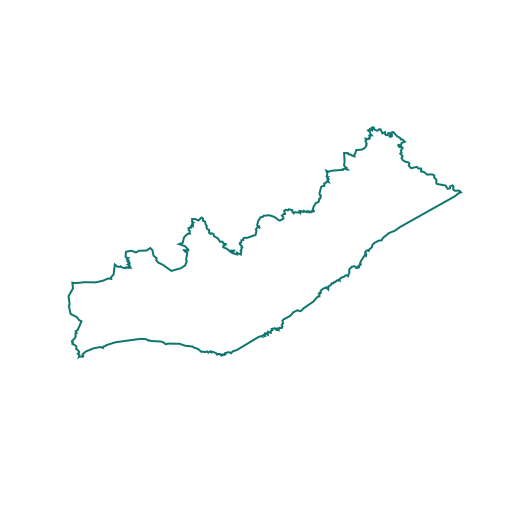 Aquila, Michoacán, Mexico (Equal Earth projection), rotated 300°
{"feature_id": "50627088B41221510425691", "entity_name": "Aquila", "entity_type": "district", "adm_level": 2, "iso_a3": "MEX", "parent_name": "Mexico", "parent_adm1": "Michoacán", "projection": "equal_earth", "projection_center": [-103.31, 18.385], "detail": "fine", "context": "isolated", "style": "outline", "palette": "teal", "viewbox_px": 512, "rotation_deg": 300, "n_neighbors": 0, "source": "geoboundaries", "source_scale": "gbopen_adm2", "svg_char_len": 6139}
<svg xmlns="http://www.w3.org/2000/svg" viewBox="0 0 512 512"><g transform="rotate(300 256 256)"><path d="M415.1,369.3L414.1,366.5L412.1,363.7L412.7,359.5L411.8,356.5L413.4,356.2L414.3,355.2L413.0,353.1L413.6,350.7L409.6,346.5L410.6,343.1L412.7,342.7L413.3,341.5L412.3,337.9L412.4,335.3L413.5,333.1L415.8,333.1L416.9,329.7L418.3,330.4L419.9,328.7L422.9,329.0L423.1,327.7L422.0,325.7L423.0,323.8L423.7,324.1L424.1,326.4L426.6,325.5L429.4,327.8L430.1,324.5L429.3,323.2L430.3,321.7L430.2,318.5L432.0,312.9L431.0,311.8L427.6,313.8L426.3,312.8L426.6,311.6L428.4,311.8L429.3,310.4L428.8,309.1L426.5,309.4L425.8,308.5L425.9,307.1L427.7,305.8L425.4,304.2L427.9,300.6L427.4,299.3L425.8,299.0L424.9,297.8L424.9,294.9L426.1,294.0L425.7,292.5L424.8,292.1L424.0,293.6L422.8,293.9L422.8,291.2L421.6,291.5L421.5,290.5L420.8,290.2L420.3,292.8L419.0,293.9L418.3,295.9L417.0,293.9L415.3,295.6L414.4,294.8L414.0,295.3L413.1,294.5L412.4,292.3L411.6,293.5L410.3,293.3L408.7,295.6L407.7,295.6L407.2,296.4L404.2,296.3L401.2,294.6L397.7,289.8L394.6,290.7L392.6,290.5L391.5,291.5L390.9,288.8L391.2,287.1L390.2,285.4L391.1,284.4L389.3,280.8L381.9,285.6L378.5,286.9L377.6,289.0L377.8,290.3L376.9,290.7L376.6,292.0L376.2,291.2L376.4,289.7L374.3,287.6L373.9,288.0L368.0,279.3L365.3,276.7L365.0,274.3L362.8,276.8L360.0,277.5L359.6,278.2L360.1,278.9L359.6,278.8L358.7,280.5L357.8,279.8L356.4,281.9L356.3,280.8L355.0,279.7L353.7,279.8L352.9,278.8L350.9,280.1L349.4,278.3L348.1,277.9L341.7,279.8L340.6,281.1L340.9,281.8L339.1,282.7L337.8,282.8L337.4,282.1L334.2,283.2L331.8,281.4L327.6,281.2L325.1,281.8L323.7,283.7L322.9,283.2L322.7,281.8L321.7,282.0L320.4,280.3L321.2,279.6L320.5,278.1L319.4,278.2L319.3,276.6L318.7,276.1L319.0,274.8L317.7,274.7L317.4,272.6L316.3,272.8L316.8,272.3L316.6,271.2L315.2,271.9L313.5,268.0L312.7,267.1L311.9,267.2L312.5,265.3L313.9,264.5L312.9,261.1L311.4,260.8L310.9,258.6L309.3,257.8L306.8,260.1L306.1,259.0L303.9,258.3L303.4,260.0L302.0,261.1L298.8,259.1L298.4,258.3L299.0,252.1L298.0,247.3L294.7,242.5L293.5,242.4L291.7,240.5L287.1,240.5L283.3,241.6L282.6,242.5L283.3,243.6L282.3,244.4L282.1,245.9L282.3,243.7L281.8,242.9L278.8,242.6L278.3,243.7L274.1,245.1L267.3,239.3L266.2,237.1L264.8,236.2L263.5,236.9L262.3,235.5L260.3,236.4L259.2,235.5L258.1,236.2L257.7,238.4L256.5,238.9L256.6,239.8L253.0,240.0L253.0,240.8L249.7,242.1L249.3,237.8L247.9,238.9L246.7,234.3L246.8,232.9L248.0,234.3L249.7,234.3L247.1,229.9L247.7,227.5L247.2,223.2L248.4,222.6L250.9,224.2L251.3,223.8L250.6,221.4L251.6,219.8L250.4,217.6L252.2,214.1L252.2,209.7L253.8,208.0L253.3,205.8L252.3,205.4L252.7,203.7L255.1,202.5L255.0,200.1L256.3,198.5L257.4,198.4L258.1,196.7L260.3,194.7L260.1,192.3L261.9,191.4L262.0,189.5L258.1,188.5L257.6,185.0L256.1,182.2L253.7,183.5L253.8,185.2L251.7,184.7L251.7,185.6L250.4,186.5L250.4,185.5L249.2,184.7L248.2,185.7L246.5,183.6L244.8,184.8L244.7,186.1L243.2,186.6L242.4,187.6L241.0,185.8L238.3,184.8L236.0,184.4L230.8,185.9L227.8,183.4L229.0,189.7L227.5,194.4L226.7,194.4L225.1,190.8L224.5,191.8L224.4,194.9L217.7,197.4L216.7,198.8L212.3,199.3L207.8,197.0L200.8,190.2L201.8,179.4L201.4,174.8L202.5,171.6L204.4,171.0L205.1,167.1L209.3,163.3L210.0,160.5L205.8,158.2L202.0,152.0L199.1,150.3L198.2,145.2L194.6,141.3L190.3,143.3L189.8,144.3L190.4,146.5L188.3,146.1L188.4,148.1L187.8,148.5L186.9,147.9L186.7,150.0L184.7,149.2L185.0,150.7L183.8,150.8L184.0,152.2L183.2,153.2L183.0,151.9L182.1,151.8L181.3,149.2L180.4,149.3L179.2,146.3L179.3,143.8L178.6,143.6L177.4,141.2L178.0,138.0L168.9,141.9L165.1,141.1L163.8,142.1L162.6,139.2L158.4,136.1L153.1,130.5L147.8,121.0L142.1,113.0L141.1,110.3L136.4,113.7L127.4,113.8L121.2,118.6L119.0,119.0L113.1,124.5L113.5,131.5L112.0,134.8L112.2,137.5L102.7,138.6L100.6,137.4L99.5,139.3L98.2,138.6L96.2,140.1L94.0,140.2L90.3,139.1L89.9,140.1L89.2,140.1L89.1,141.1L88.1,141.1L88.2,144.8L87.8,145.7L85.5,146.9L85.6,148.1L84.7,150.6L84.0,151.1L82.2,150.6L82.0,152.5L80.0,153.1L80.7,153.4L82.2,156.4L83.1,156.4L84.0,155.0L86.2,155.6L88.5,156.6L95.2,161.8L99.5,167.0L99.8,169.4L101.1,169.1L103.0,170.8L103.9,170.9L111.1,177.5L126.5,197.4L129.0,202.4L129.0,205.5L129.7,205.9L129.9,207.6L134.4,216.4L134.9,219.2L134.4,221.9L136.2,223.7L141.8,233.8L142.8,239.4L145.9,246.4L145.6,247.9L146.5,252.1L145.7,256.9L146.6,257.6L147.4,260.2L148.9,261.4L148.5,263.0L150.2,263.9L150.2,265.2L150.8,264.8L151.4,266.5L151.9,269.8L151.7,271.0L151.4,271.3L151.3,271.6L151.2,271.6L151.2,271.8L152.0,271.9L153.0,273.5L152.8,274.4L152.0,274.5L153.0,274.9L152.6,275.8L153.7,276.0L153.5,276.8L154.2,277.0L154.5,277.9L155.7,277.7L155.8,278.6L156.7,278.1L158.5,279.7L159.4,281.4L159.3,283.0L161.9,283.6L164.8,286.3L187.3,298.8L189.0,300.4L189.4,301.8L189.9,301.2L191.1,301.9L191.5,303.0L191.0,303.6L191.3,303.9L192.1,302.7L193.5,302.4L194.1,303.0L193.6,303.9L193.7,305.5L194.6,304.5L194.9,305.0L196.4,304.3L196.8,307.2L198.7,306.4L199.9,307.3L200.7,306.1L202.9,308.4L202.2,310.2L202.7,311.7L203.1,310.3L204.2,310.8L204.2,312.4L205.6,312.3L206.4,314.3L208.0,314.3L208.6,313.0L209.6,312.8L211.2,313.1L213.0,311.3L214.9,311.6L221.5,315.7L225.9,316.4L229.7,319.0L230.2,321.8L231.6,322.7L234.6,323.4L245.3,328.5L251.6,329.7L252.7,331.1L254.7,329.8L255.5,330.2L255.5,329.4L256.9,330.3L258.0,329.4L261.1,330.4L263.1,331.8L263.4,333.4L264.0,333.2L263.3,335.2L266.2,334.0L268.1,335.3L270.2,335.2L270.7,336.5L272.4,336.6L272.7,337.5L275.1,338.2L275.6,339.3L276.6,339.2L276.6,340.6L277.2,340.0L280.2,340.8L281.9,342.6L283.6,343.1L284.7,344.1L284.5,345.8L288.5,345.1L290.7,343.5L294.4,344.3L296.4,346.3L296.3,348.6L295.7,349.0L296.9,350.3L298.0,349.8L298.1,350.6L298.9,349.9L300.8,351.1L301.3,350.8L301.2,350.0L303.9,349.4L311.2,349.8L311.1,350.8L311.6,350.4L312.0,350.9L313.0,350.2L313.2,349.1L314.5,348.6L316.4,349.3L316.8,351.1L317.7,350.6L321.5,352.0L323.3,351.3L325.9,351.7L330.6,354.5L332.3,356.9L335.1,356.9L342.4,359.7L347.4,363.7L353.0,366.2L407.4,398.5L411.8,400.1L413.6,401.7L414.1,400.2L413.9,398.7L412.1,395.9L411.9,394.5L412.7,393.0L414.8,392.5L415.4,390.9L413.6,389.4L411.5,390.1L410.0,388.3L411.8,384.9L408.9,376.8L409.3,375.7L412.2,374.1L413.2,370.8L414.4,370.5L415.1,369.3Z" fill="none" stroke="#0f766e" stroke-width="2"/></g></svg>